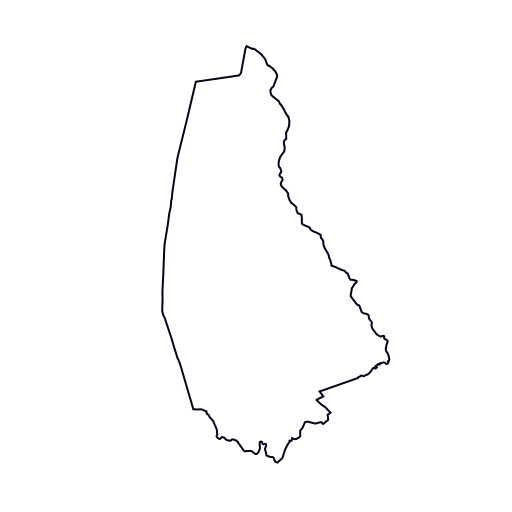 Rushinga, Mashonaland Central, Zimbabwe, rotated 255°
{"feature_id": "62879985B22521901004108", "entity_name": "Rushinga", "entity_type": "district", "adm_level": 2, "iso_a3": "ZWE", "parent_name": "Zimbabwe", "parent_adm1": "Mashonaland Central", "projection": "robinson", "projection_center": [32.185, -16.62], "detail": "fine", "context": "isolated", "style": "outline", "palette": "ink", "viewbox_px": 512, "rotation_deg": 255, "n_neighbors": 0, "source": "geoboundaries", "source_scale": "gbopen_adm2", "svg_char_len": 5965}
<svg xmlns="http://www.w3.org/2000/svg" viewBox="0 0 512 512"><g transform="rotate(255 256 256)"><path d="M120.6,357.5L121.3,357.9L123.1,358.2L125.9,358.2L126.7,358.2L128.1,358.0L130.3,357.1L131.2,357.1L132.9,357.3L134.3,358.1L136.4,359.0L139.2,361.0L140.4,361.0L141.4,360.2L142.2,359.2L143.2,358.6L143.8,358.6L144.7,359.0L145.7,358.9L145.9,358.6L146.0,358.2L145.9,356.1L146.0,355.4L148.8,352.5L151.9,351.1L152.8,350.9L153.9,350.3L156.0,349.6L158.9,349.5L159.8,349.8L161.0,350.6L162.1,350.6L163.3,350.3L164.9,349.4L165.8,349.2L167.8,349.1L169.8,349.4L171.0,348.3L171.8,347.2L172.1,346.3L172.5,345.5L174.3,343.7L174.9,343.5L175.7,343.5L176.1,343.3L178.1,343.4L178.9,343.1L180.4,343.1L181.2,343.0L181.2,342.8L181.8,342.5L182.4,341.5L182.9,341.0L184.4,340.4L184.8,340.2L187.0,339.4L188.4,338.6L190.5,338.0L191.3,337.5L192.5,337.2L193.2,337.2L193.8,337.4L195.6,338.3L196.1,338.5L198.7,339.7L199.1,339.8L200.0,340.3L202.2,342.5L203.5,344.1L203.9,345.1L204.7,346.3L205.1,346.6L205.8,346.6L206.0,346.6L206.5,345.7L206.6,345.2L207.1,344.8L207.7,344.0L208.0,342.8L208.8,340.9L209.7,340.6L215.3,340.1L216.6,338.6L218.1,338.2L219.0,337.3L220.0,335.9L220.4,335.1L221.3,334.0L221.7,333.7L223.5,331.2L224.5,330.4L224.7,330.0L225.3,329.2L225.8,328.3L226.7,327.4L226.9,326.7L227.0,326.7L227.1,326.4L228.7,326.7L233.3,326.7L235.6,326.2L236.4,326.2L237.3,326.4L239.3,326.2L240.7,325.9L241.8,325.5L244.6,324.8L245.3,324.5L247.4,324.2L249.0,324.1L251.4,324.4L252.8,324.8L253.4,324.8L255.0,324.3L255.0,324.1L256.3,323.6L258.2,323.5L259.1,323.9L259.5,323.9L260.0,323.7L263.1,320.3L263.7,319.2L266.1,316.5L267.9,315.4L269.3,315.4L270.0,314.8L271.2,313.4L271.8,312.4L273.9,309.9L274.7,309.0L275.6,308.8L278.3,309.4L279.6,309.9L284.0,310.6L284.2,310.3L285.1,309.4L286.1,307.9L287.3,307.2L290.4,307.0L292.6,307.5L294.4,306.7L294.6,306.4L295.3,306.0L297.2,304.7L297.6,304.3L298.6,303.6L301.5,302.9L302.4,302.8L305.6,302.6L306.5,302.7L307.7,303.3L308.7,303.1L309.6,302.6L311.6,301.9L312.7,301.3L313.0,300.9L315.0,299.8L315.7,299.2L317.9,298.5L318.7,298.5L319.0,298.6L319.4,298.6L320.8,299.5L322.2,301.0L323.2,301.5L324.6,301.5L325.6,300.8L326.0,300.4L326.6,299.9L327.3,299.6L328.4,299.6L329.9,301.1L330.2,301.8L330.5,302.1L330.9,302.3L333.1,302.3L334.7,302.1L336.1,301.4L337.6,301.3L338.3,301.4L341.9,302.7L345.1,304.8L347.5,307.4L348.4,308.6L348.7,309.2L350.3,310.7L353.3,311.8L356.8,312.0L358.9,312.4L359.9,313.0L360.2,313.4L361.3,315.2L361.3,315.5L366.5,316.8L367.0,316.7L367.2,317.0L367.4,317.0L367.9,317.5L369.7,319.2L373.3,321.8L374.0,321.8L374.2,322.0L377.2,322.9L377.4,323.2L382.3,323.3L382.3,323.1L383.4,322.5L384.1,322.5L384.3,322.3L385.2,322.0L388.8,321.1L389.4,321.1L395.3,319.5L395.4,319.3L395.7,319.3L395.9,319.0L396.2,319.0L396.4,318.7L399.9,317.9L401.0,316.9L401.4,316.8L401.6,316.5L402.3,316.1L402.8,315.7L403.9,315.0L403.8,314.9L406.4,313.1L407.0,312.8L407.2,312.6L408.4,312.5L409.0,312.3L412.2,312.7L412.4,312.9L412.6,312.9L413.1,313.7L413.8,314.1L414.5,314.9L414.9,316.1L415.4,316.8L424.0,323.0L425.2,323.0L425.6,323.3L430.1,322.2L430.5,321.7L431.4,321.1L432.1,321.1L432.5,320.9L436.5,317.8L436.5,317.3L437.2,316.8L438.0,316.3L443.4,315.9L443.9,315.6L444.5,315.6L445.2,315.3L445.4,315.1L445.6,315.1L448.3,313.7L449.1,313.7L449.5,313.5L449.6,313.2L455.7,308.6L455.9,308.2L456.0,308.2L456.6,307.5L456.9,307.4L457.1,305.7L458.0,305.0L459.4,303.1L459.7,302.9L460.0,302.4L461.1,301.4L460.6,300.5L458.0,299.0L436.7,288.9L434.8,286.4L439.9,243.0L406.0,224.8L373.3,206.7L370.4,205.2L339.2,191.7L332.6,189.3L331.9,188.6L325.4,186.3L319.3,183.1L310.2,179.4L291.2,170.8L285.0,168.7L263.2,162.0L248.3,157.2L248.1,157.1L244.1,155.9L239.3,154.8L227.3,151.2L223.3,151.1L218.5,152.0L218.0,151.9L199.4,153.0L188.3,153.3L177.2,153.8L176.4,154.1L171.6,154.7L124.1,155.8L123.9,156.8L122.7,160.3L122.6,161.3L122.0,163.6L121.5,164.4L120.1,166.2L119.4,166.9L118.8,167.9L118.2,167.9L117.4,167.5L116.6,167.7L115.3,168.5L114.7,169.1L114.1,169.3L113.3,169.3L111.4,169.9L111.1,170.2L110.0,170.8L108.8,171.3L108.0,171.8L107.3,172.0L105.8,172.1L104.8,172.3L103.7,172.4L102.5,172.8L101.5,172.8L98.2,173.2L96.0,172.8L95.9,172.6L95.5,172.5L93.6,172.5L92.3,171.3L91.1,171.4L89.2,172.7L88.8,173.4L88.8,174.5L89.8,175.7L89.9,176.0L89.9,176.5L88.9,178.1L88.2,178.6L87.5,178.9L86.4,179.5L85.2,181.1L84.2,183.2L84.3,184.2L84.8,184.6L84.9,185.0L84.9,186.1L84.5,186.6L84.3,187.4L83.3,188.2L83.1,189.0L82.8,189.3L81.6,189.8L81.1,190.5L79.6,190.5L78.3,191.3L77.2,191.5L73.1,193.2L72.1,193.4L71.4,193.7L70.8,194.1L70.3,194.5L70.1,195.1L70.1,196.0L69.5,198.4L69.4,199.5L68.7,201.2L65.1,203.9L64.7,204.5L64.6,205.7L64.9,206.3L67.1,208.7L69.6,210.2L70.5,210.4L72.0,210.4L72.3,210.6L74.9,211.3L75.3,211.6L75.5,212.2L75.5,212.6L75.2,213.3L74.9,213.7L73.2,213.6L72.6,213.8L72.2,214.5L72.3,215.7L71.9,216.8L70.4,216.8L69.9,216.3L69.0,216.0L68.0,215.1L67.1,214.7L63.0,214.7L60.8,214.5L59.7,215.5L59.4,216.2L58.1,217.7L57.8,219.1L57.2,220.4L56.3,220.9L54.2,220.9L52.4,221.4L52.0,221.7L50.9,223.2L54.0,229.2L61.8,234.2L66.7,238.8L67.9,240.5L68.9,240.6L68.4,242.5L70.7,243.8L69.2,245.6L68.8,247.3L69.5,250.6L70.6,252.1L75.9,253.5L77.8,256.3L82.8,260.3L82.8,262.7L78.8,269.8L78.8,272.7L78.7,275.9L76.4,277.4L79.0,283.2L80.5,283.6L84.1,284.1L85.3,287.4L91.9,283.9L95.5,280.7L101.2,277.2L101.5,277.3L102.9,284.6L108.7,282.4L111.8,323.1L112.6,323.6L112.6,325.1L113.0,325.8L113.0,326.2L113.3,326.4L113.3,326.8L112.7,327.9L112.1,328.6L112.0,329.3L112.5,330.8L112.7,333.3L113.2,334.5L114.3,336.2L114.5,336.7L116.4,338.8L117.4,340.2L117.4,341.1L117.3,341.5L116.6,341.9L116.4,342.2L116.7,343.2L117.2,343.9L117.9,343.0L118.5,342.7L118.9,343.2L119.0,344.0L119.3,344.8L120.0,345.8L119.8,346.2L119.6,346.3L119.2,346.8L119.2,347.3L119.9,347.3L120.2,347.6L120.4,348.0L120.3,348.6L119.9,349.5L120.2,350.5L120.3,351.5L119.8,352.6L119.4,352.9L119.0,353.3L118.3,353.6L118.1,353.8L117.9,354.3L117.9,354.6L118.2,355.5L118.7,356.2L119.8,356.1L119.9,356.3L120.3,356.4L120.6,357.0L120.6,357.5Z" fill="none" stroke="#020617" stroke-width="2"/></g></svg>